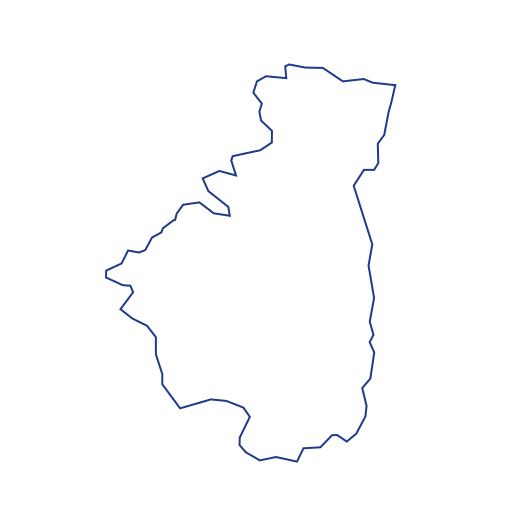 map outline of Surrey (Mercator projection), rotated 283°
{"feature_id": "GBR-2755", "entity_name": "Surrey", "entity_type": "Administrative County", "adm_level": 1, "iso_a3": "GBR", "parent_name": "United Kingdom", "parent_adm1": "", "projection": "mercator", "projection_center": [-0.379, 51.274], "detail": "fine", "context": "isolated", "style": "outline", "palette": "blue", "viewbox_px": 512, "rotation_deg": 283, "n_neighbors": 0, "source": "natural_earth", "source_scale": "10m", "svg_char_len": 1245}
<svg xmlns="http://www.w3.org/2000/svg" viewBox="0 0 512 512"><g transform="rotate(283 256 256)"><path d="M232.6,130.1L233.1,141.3L236.9,146.8L250.6,150.5L257.6,158.4L262.2,159.1L272.9,168.2L273.1,169.1L279.5,169.2L289.5,173.4L291.7,179.0L295.5,188.8L288.1,205.2L289.3,221.4L297.6,218.0L308.5,195.0L319.6,186.6L330.6,201.1L330.0,218.4L343.5,210.4L348.0,210.8L354.5,224.5L359.9,236.2L370.1,245.9L381.5,243.4L389.1,230.5L397.5,226.8L405.8,227.4L414.5,216.7L426.3,217.6L432.0,223.8L433.4,225.3L436.1,245.5L447.4,241.8L450.1,245.3L450.7,261.7L454.3,278.8L445.7,301.4L452.7,321.2L451.1,330.8L453.8,353.3L435.6,353.3L426.3,352.8L402.8,353.7L392.8,349.4L374.0,354.3L366.5,351.7L364.2,341.8L346.4,335.4L293.5,366.7L272.0,367.8L241.7,380.5L217.6,381.6L205.6,388.2L197.6,386.1L188.7,392.9L162.3,395.0L151.3,389.2L134.9,397.4L124.4,398.7L105.5,393.7L95.6,386.2L99.8,375.4L98.5,370.4L84.1,361.8L79.3,345.5L64.9,342.2L64.6,320.5L57.7,305.7L62.5,290.1L68.1,282.5L75.5,281.0L97.9,286.2L105.5,277.7L108.1,259.6L106.1,244.2L90.5,216.3L110.0,193.5L119.8,191.3L137.6,180.6L154.4,176.7L163.5,165.5L167.3,149.5L173.7,135.9L193.0,144.4L198.8,140.3L197.6,132.7L201.3,114.7L208.1,113.3L218.5,126.7L232.6,130.1Z" fill="none" stroke="#1e3a8a" stroke-width="2"/></g></svg>